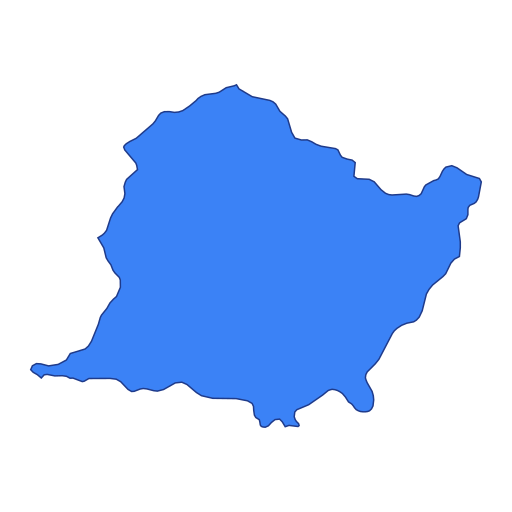 the border of Gandaki
{"feature_id": "NPL-1095", "entity_name": "Gandaki", "entity_type": "District", "adm_level": 1, "iso_a3": "NPL", "parent_name": "Nepal", "parent_adm1": "", "projection": "albers", "projection_center": [84.335, 28.335], "detail": "fine", "context": "isolated", "style": "filled", "palette": "blue", "viewbox_px": 512, "rotation_deg": 0, "n_neighbors": 0, "source": "natural_earth", "source_scale": "10m", "svg_char_len": 3023}
<svg xmlns="http://www.w3.org/2000/svg" viewBox="0 0 512 512"><path d="M236.5,84.8L239.0,88.9L252.2,96.7L269.8,100.4L273.0,101.8L275.7,104.1L279.9,111.3L285.4,116.1L287.6,118.8L291.6,132.3L294.9,138.1L301.4,140.0L307.3,139.9L311.8,141.8L316.0,144.3L321.1,146.2L335.5,148.6L337.9,149.9L340.4,155.1L342.1,157.3L347.2,159.1L352.1,160.1L355.2,162.6L353.9,176.3L357.3,178.7L369.2,179.3L374.2,181.8L381.0,189.7L385.5,193.3L388.8,194.6L392.0,195.0L406.3,194.1L409.5,194.6L413.8,196.0L416.6,196.4L419.1,195.5L421.2,193.7L424.4,186.7L425.9,184.9L433.7,180.6L436.1,180.0L438.3,178.9L440.0,176.5L442.4,171.3L444.1,168.8L445.9,167.1L451.8,165.7L457.0,167.8L466.7,174.5L479.4,178.5L481.3,181.9L478.5,196.8L477.7,199.2L476.1,201.9L474.2,203.4L469.8,205.3L468.2,207.4L467.9,209.2L467.9,214.7L466.3,218.7L459.6,222.8L458.1,225.7L460.3,241.9L460.3,247.7L459.4,256.5L454.4,259.1L450.8,263.2L445.7,273.7L443.0,276.5L432.6,285.0L429.0,289.4L426.4,294.0L422.2,310.8L419.2,317.1L416.4,320.1L413.7,321.8L406.8,323.2L401.6,325.3L397.0,328.3L394.3,330.8L392.4,333.4L378.9,359.3L375.2,363.9L367.2,371.9L365.8,374.7L365.4,377.9L366.0,379.9L367.1,382.6L372.1,391.4L373.3,395.7L373.7,399.9L373.0,405.9L371.5,408.9L369.5,410.8L367.6,411.5L365.4,411.8L363.0,411.8L360.4,411.5L358.2,410.7L356.2,409.6L354.5,407.7L353.4,406.0L352.1,404.4L351.3,403.7L348.5,401.9L345.4,397.0L342.4,393.5L339.8,391.7L337.5,390.5L335.0,389.7L332.1,389.3L329.8,389.9L328.2,390.5L322.7,395.0L308.7,404.7L296.8,409.7L294.8,412.0L294.2,416.7L295.2,419.6L296.5,421.6L297.6,422.6L298.7,423.9L299.1,425.6L298.0,426.5L289.0,425.4L285.2,426.7L282.2,421.7L279.6,419.1L275.0,419.6L271.4,422.5L268.4,425.8L265.3,427.2L263.0,427.0L261.3,426.4L260.3,425.0L259.9,422.3L259.3,419.7L255.8,417.5L254.4,415.1L253.7,410.2L253.5,406.4L252.1,403.4L247.5,400.8L236.2,398.6L212.7,398.3L201.5,395.7L196.4,392.5L187.0,384.5L181.8,382.2L175.3,382.9L163.6,389.5L157.4,391.1L153.8,390.7L146.8,388.9L143.2,388.5L140.3,389.0L134.2,391.3L131.6,391.5L128.0,389.4L120.7,381.7L116.3,379.2L110.1,378.4L88.9,378.5L84.2,381.2L82.3,381.6L73.0,378.1L70.0,378.2L66.5,376.3L62.3,375.7L54.8,375.9L47.2,374.4L44.2,374.8L41.3,378.0L37.4,374.7L33.2,372.3L30.7,369.7L32.4,365.8L36.4,363.6L40.9,363.9L48.6,365.9L58.2,364.4L66.4,360.0L70.3,353.5L85.1,349.0L88.4,346.1L91.5,341.2L98.4,324.2L100.3,317.5L101.5,315.1L106.9,308.4L110.0,302.9L113.5,299.1L116.5,296.5L120.4,287.3L120.3,280.0L119.3,277.4L114.9,272.9L113.0,270.2L110.9,264.8L108.1,261.0L106.2,257.8L103.8,247.9L97.9,237.8L102.4,235.0L104.4,233.2L106.6,230.3L110.6,217.9L112.6,213.8L117.7,206.8L118.3,206.3L122.2,201.7L124.1,198.0L124.9,193.7L124.0,186.6L125.3,182.1L126.6,179.4L137.5,169.6L136.7,165.3L135.8,163.0L124.8,150.0L123.7,147.1L124.3,145.7L126.2,143.8L129.8,141.5L136.2,138.3L152.9,123.9L155.3,121.0L158.6,115.4L160.8,113.1L164.3,111.7L169.3,111.6L174.4,112.4L178.6,112.0L182.8,110.6L189.6,106.0L196.1,100.6L198.0,98.5L201.0,96.4L204.9,94.7L215.8,93.3L219.2,92.2L226.2,87.7L234.2,85.8L236.5,84.8Z" fill="#3b82f6" stroke="#1e3a8a" stroke-width="1.5"/></svg>